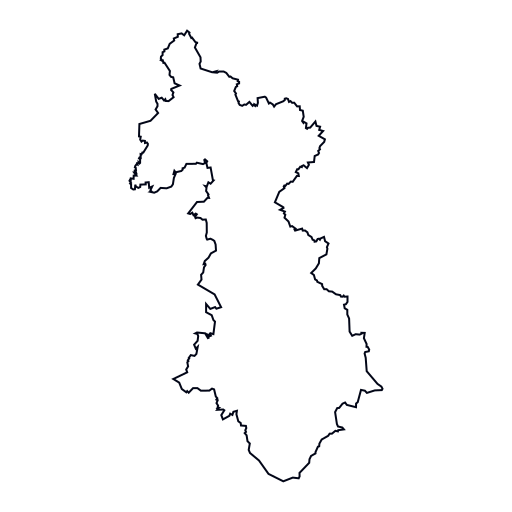 Tecalitlán, Jalisco, Mexico (Robinson projection)
{"feature_id": "50627088B3552577196850", "entity_name": "Tecalitlán", "entity_type": "district", "adm_level": 2, "iso_a3": "MEX", "parent_name": "Mexico", "parent_adm1": "Jalisco", "projection": "robinson", "projection_center": [-103.217, 19.24], "detail": "fine", "context": "isolated", "style": "outline", "palette": "ink", "viewbox_px": 512, "rotation_deg": 0, "n_neighbors": 0, "source": "geoboundaries", "source_scale": "gbopen_adm2", "svg_char_len": 6053}
<svg xmlns="http://www.w3.org/2000/svg" viewBox="0 0 512 512"><path d="M302.8,110.7L300.0,110.0L299.7,106.3L297.1,106.4L294.2,102.7L292.1,102.8L290.5,101.1L289.0,101.9L288.0,99.0L286.2,98.3L284.8,98.7L284.8,100.0L283.2,101.3L276.0,104.2L274.1,106.6L272.8,104.4L270.0,102.6L268.9,103.5L266.1,97.6L264.8,96.7L257.6,98.1L257.9,102.8L257.0,105.7L254.6,104.4L254.8,105.7L253.4,104.9L252.6,105.8L249.4,101.9L246.1,104.8L244.3,104.5L242.2,105.8L239.7,104.9L238.5,102.9L238.9,101.5L238.0,101.1L235.4,94.6L236.0,93.5L234.2,91.0L235.8,87.0L237.2,86.2L236.8,84.3L239.1,83.4L239.1,81.8L237.7,81.2L238.0,79.7L232.6,78.3L230.5,76.5L229.3,76.8L226.3,72.9L223.6,71.5L219.1,71.5L217.2,72.7L215.0,72.5L216.0,71.3L212.3,72.3L200.6,68.5L199.5,63.8L200.7,61.5L200.5,57.3L194.9,47.5L196.5,43.1L197.9,42.9L195.4,42.1L192.0,37.6L191.3,38.0L189.1,33.8L189.5,32.6L187.1,30.7L184.2,35.3L181.6,33.4L177.7,34.2L177.8,36.8L173.8,38.5L174.2,40.5L169.7,43.8L167.8,48.4L164.3,49.6L164.4,51.4L162.6,52.2L162.6,55.1L161.0,56.6L160.8,58.4L161.5,59.6L160.9,60.1L162.3,60.9L162.6,59.5L163.4,62.9L164.5,62.7L169.9,71.0L169.5,74.9L171.1,76.9L173.2,77.3L174.6,83.3L179.6,85.5L171.3,88.9L171.1,90.0L173.4,92.4L172.5,95.0L173.6,97.2L168.6,101.1L165.9,101.0L165.3,99.2L164.1,100.5L161.7,97.7L158.7,98.9L154.8,93.8L156.2,101.6L157.5,103.8L157.5,106.2L155.6,109.5L158.1,113.0L150.5,120.8L139.4,124.0L139.0,136.4L140.7,136.7L140.2,139.6L141.5,141.6L142.7,140.6L144.9,140.9L145.0,143.0L146.9,142.5L147.9,143.9L147.7,145.5L143.3,152.6L142.4,152.5L141.5,154.4L140.6,154.1L140.7,157.9L139.5,157.5L139.0,158.4L140.1,159.2L140.1,162.9L139.5,163.5L138.5,162.3L138.5,163.1L137.2,163.2L137.5,164.6L136.6,164.2L135.3,165.9L134.9,167.3L135.7,167.7L136.0,170.3L134.7,170.5L134.5,171.8L135.8,171.8L136.3,173.3L134.4,172.9L136.4,175.6L133.7,175.6L133.6,178.8L130.8,178.4L130.7,180.7L129.9,180.0L129.5,180.8L131.0,182.9L130.2,183.6L131.1,184.4L131.1,188.0L133.3,189.5L134.9,189.3L135.3,184.7L135.9,186.5L138.3,187.9L140.2,187.0L140.4,184.6L145.7,184.4L145.6,182.5L148.7,182.2L149.2,187.8L152.2,186.5L150.4,190.3L151.3,191.2L150.2,191.8L154.2,192.7L157.2,191.4L160.6,187.9L166.6,188.3L171.3,186.6L172.9,184.3L173.9,177.9L175.5,174.2L173.5,174.1L174.4,170.8L175.6,172.3L181.3,171.0L182.7,169.6L182.6,168.3L184.6,167.6L186.4,163.9L195.9,163.8L196.8,162.7L203.0,164.1L205.1,163.0L204.3,160.0L205.0,159.4L207.2,161.3L206.3,162.9L207.5,167.9L210.6,167.5L212.9,180.2L213.6,180.4L210.6,183.7L208.4,182.3L206.8,186.4L205.1,186.0L206.5,187.6L206.1,191.0L208.5,194.4L208.0,195.1L209.0,197.9L207.5,197.8L203.9,201.7L197.0,202.0L188.2,213.4L190.2,214.0L192.3,212.7L193.5,215.2L195.7,213.6L196.8,214.3L195.0,216.7L195.6,218.2L197.1,217.6L200.5,218.0L202.5,219.7L205.8,219.5L206.7,222.9L206.8,232.5L205.9,235.9L206.7,238.8L207.2,239.6L210.4,238.7L212.7,239.8L214.3,240.9L215.6,244.5L216.0,250.6L210.9,253.4L208.5,257.7L204.8,261.0L203.7,264.1L205.3,263.8L205.6,265.0L204.0,267.3L203.2,272.5L201.1,274.8L201.5,279.6L197.9,284.6L214.6,294.4L221.1,307.2L216.4,308.7L215.1,307.1L210.3,308.9L206.1,304.0L206.1,312.2L211.7,315.2L213.4,320.0L215.0,321.6L213.4,334.1L210.3,333.2L209.7,333.9L210.9,335.7L209.9,336.1L207.8,334.8L208.6,337.8L207.9,338.1L205.1,333.3L197.0,332.5L195.3,333.4L197.4,334.0L198.2,336.1L197.6,340.8L194.1,344.7L195.8,348.7L197.7,346.8L196.4,353.9L194.5,355.9L190.8,355.1L188.8,357.9L189.2,358.4L187.8,360.3L188.4,361.1L187.3,362.3L188.1,366.4L186.2,369.5L187.2,372.3L173.3,379.0L179.2,382.6L181.8,389.0L186.3,392.3L187.2,391.1L188.7,392.7L193.1,388.1L197.4,388.1L200.9,390.7L209.3,390.6L212.0,388.6L214.1,389.4L215.8,396.5L217.3,398.2L216.4,399.6L217.7,400.2L216.5,403.1L218.1,405.6L217.6,407.4L218.8,407.7L217.4,408.6L218.0,409.0L217.3,409.8L223.2,409.5L224.3,410.3L221.3,415.1L222.9,419.4L229.4,415.8L230.2,413.7L232.4,414.9L233.4,411.8L236.9,410.8L236.4,414.2L238.3,421.3L240.7,423.0L241.0,425.5L245.9,425.9L246.3,428.1L245.3,430.2L246.0,431.9L244.7,433.1L246.6,435.3L247.5,441.2L249.8,443.5L248.7,449.9L250.0,453.0L259.0,460.5L268.5,473.9L283.3,481.3L292.8,477.6L298.7,478.3L299.6,476.4L299.5,472.9L309.2,462.8L309.5,459.2L311.1,455.9L315.5,453.4L315.5,452.1L317.9,446.7L319.2,446.3L319.4,443.6L321.7,439.5L328.2,435.8L329.6,433.7L331.9,433.7L335.4,430.8L337.9,431.4L338.2,430.2L343.9,429.4L342.3,427.5L338.0,426.5L336.9,424.0L335.1,412.1L337.2,408.1L339.2,407.9L342.5,403.7L345.1,402.5L346.8,404.9L356.0,407.2L356.1,403.5L357.7,402.2L361.0,389.9L364.9,390.7L366.9,392.9L374.8,390.4L381.8,390.1L382.5,388.8L381.4,386.6L377.5,383.9L366.7,371.2L365.7,357.8L364.6,353.5L365.2,352.0L368.8,351.3L369.2,349.6L367.7,346.9L366.5,346.8L366.6,344.0L363.9,338.2L364.7,332.9L361.5,332.8L361.7,333.6L359.7,334.6L355.7,334.2L352.2,335.8L349.6,331.6L349.1,318.5L347.3,314.5L347.3,309.8L344.7,308.3L344.0,304.7L345.9,304.2L347.5,301.9L347.5,296.5L344.5,296.7L343.7,295.6L342.7,296.7L341.0,296.6L340.2,295.1L336.0,294.3L332.2,291.6L328.9,291.3L326.6,289.2L324.2,289.2L322.2,285.9L322.1,284.1L317.3,281.8L317.0,280.5L315.1,279.4L313.9,275.0L311.2,273.0L315.8,268.4L318.9,263.3L319.3,258.1L326.4,254.4L327.4,248.7L326.9,247.2L328.5,243.5L325.1,241.2L324.0,236.9L320.5,238.5L319.9,239.7L318.9,238.7L317.6,239.0L316.3,241.4L314.6,241.7L314.4,240.4L312.6,239.7L311.5,237.0L308.3,235.0L307.4,232.3L305.0,230.5L302.7,230.6L302.1,228.6L295.1,230.6L294.5,229.4L295.5,228.6L292.1,226.1L290.3,226.6L288.5,221.5L284.5,217.7L285.3,214.7L283.9,213.4L284.9,211.6L280.1,209.8L283.5,208.0L283.4,207.3L274.9,202.3L279.3,191.8L284.4,188.2L283.7,186.5L284.3,185.6L285.1,186.2L287.2,183.6L288.6,183.9L290.8,181.6L292.7,181.8L296.9,175.9L298.8,176.0L298.3,173.3L295.8,172.1L297.2,169.2L298.4,169.3L300.3,166.7L301.8,167.1L302.0,166.0L303.6,165.3L307.0,168.1L308.9,164.8L307.9,162.5L314.0,162.0L314.7,156.0L318.1,154.5L319.0,153.0L318.2,150.9L320.0,149.3L319.4,148.1L320.1,146.1L324.2,141.9L324.9,139.3L318.7,135.8L323.1,131.0L319.2,129.9L320.1,126.7L316.5,125.9L315.4,121.5L310.2,127.6L307.9,127.8L307.1,128.8L305.9,128.1L306.5,123.4L303.9,121.9L303.4,122.8L302.1,121.0L303.7,116.8L302.8,110.7Z" fill="none" stroke="#020617" stroke-width="2"/></svg>